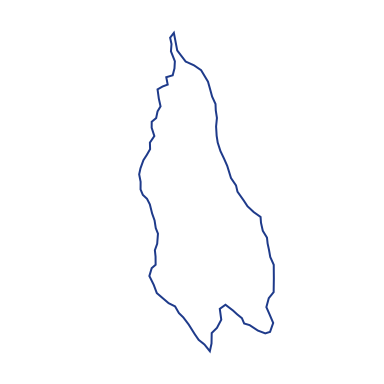 Parisi, São Paulo, Brazil, rotated 346°
{"feature_id": "56859067B23293504570828", "entity_name": "Parisi", "entity_type": "district", "adm_level": 2, "iso_a3": "BRA", "parent_name": "Brazil", "parent_adm1": "São Paulo", "projection": "equal_earth", "projection_center": [-50.037, -20.26], "detail": "fine", "context": "isolated", "style": "outline", "palette": "blue", "viewbox_px": 384, "rotation_deg": 346, "n_neighbors": 0, "source": "geoboundaries", "source_scale": "gbopen_adm2", "svg_char_len": 1359}
<svg xmlns="http://www.w3.org/2000/svg" viewBox="0 0 384 384"><g transform="rotate(346 192 192)"><path d="M212.9,33.2L208.1,37.0L207.9,43.5L205.6,50.4L207.0,61.0L204.9,67.8L201.5,74.1L194.8,74.4L194.4,81.9L189.1,82.5L183.4,84.1L182.4,93.3L182.2,101.3L178.1,105.4L175.1,111.6L169.9,114.1L168.4,119.9L169.0,128.6L163.1,133.9L161.7,140.3L157.0,145.2L152.6,149.3L147.7,156.6L145.0,162.1L144.6,169.7L142.7,177.1L143.6,182.9L146.7,187.7L148.1,193.8L148.1,203.1L148.8,210.5L148.1,218.3L148.9,224.2L145.7,233.8L141.9,239.5L141.0,245.9L139.1,253.8L134.5,256.1L130.3,263.2L132.4,272.8L133.4,281.6L142.4,294.2L147.9,298.9L150.0,306.3L153.2,311.5L156.7,319.7L160.3,330.7L162.7,337.1L167.2,343.0L170.8,350.8L174.3,343.7L177.0,333.6L183.3,329.9L189.5,323.0L190.7,312.1L197.2,309.5L203.1,316.9L206.2,321.6L209.9,326.5L210.8,332.2L215.7,335.1L222.4,342.4L228.9,346.9L233.9,346.6L239.1,338.7L237.7,329.9L236.3,321.7L240.8,313.6L247.0,308.9L250.5,295.7L253.7,282.4L252.2,274.0L252.7,266.7L252.9,260.3L253.7,254.4L251.3,246.8L251.5,238.5L252.5,232.8L247.0,226.4L242.4,219.3L240.1,212.7L236.2,202.7L236.3,196.3L233.2,187.9L232.5,175.2L231.2,167.6L229.5,159.2L228.9,150.3L229.5,143.5L231.2,134.3L234.1,126.2L234.8,118.6L236.1,112.3L234.6,104.3L234.4,95.2L234.2,88.8L230.3,76.0L224.6,69.6L217.4,63.9L211.9,51.1L212.9,33.2Z" fill="none" stroke="#1e3a8a" stroke-width="2"/></g></svg>